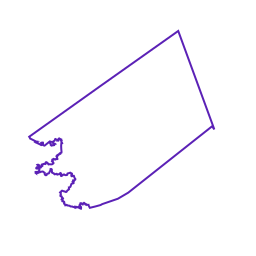 Santa María Chimalapa, Oaxaca, Mexico, rotated 321°
{"feature_id": "50627088B45709374040898", "entity_name": "Santa María Chimalapa", "entity_type": "district", "adm_level": 2, "iso_a3": "MEX", "parent_name": "Mexico", "parent_adm1": "Oaxaca", "projection": "natural_earth1", "projection_center": [-94.773, 16.942], "detail": "fine", "context": "isolated", "style": "outline", "palette": "violet", "viewbox_px": 256, "rotation_deg": 321, "n_neighbors": 0, "source": "geoboundaries", "source_scale": "gbopen_adm2", "svg_char_len": 5365}
<svg xmlns="http://www.w3.org/2000/svg" viewBox="0 0 256 256"><g transform="rotate(321 128 128)"><path d="M228.1,84.2L132.9,78.0L45.7,72.6L45.5,74.2L45.3,74.6L45.6,75.2L47.7,79.8L46.9,80.2L47.2,81.0L47.7,80.8L48.2,80.8L48.1,80.7L48.4,81.2L48.2,81.1L48.3,81.7L47.6,81.8L49.3,85.3L49.8,86.7L50.9,87.1L50.2,86.6L50.5,85.9L51.2,84.9L52.2,85.3L52.4,85.9L52.6,86.0L52.1,86.8L51.1,87.5L51.6,88.6L52.1,89.2L58.8,89.2L59.2,89.8L58.5,89.8L58.4,89.9L58.4,90.3L57.9,90.4L57.9,90.9L57.9,91.7L57.3,92.5L57.3,93.0L57.5,93.6L57.9,93.7L58.2,93.7L58.5,94.1L59.6,94.7L59.7,94.3L59.7,94.1L59.9,93.8L60.1,94.1L60.4,94.3L61.0,94.4L61.3,94.5L61.2,94.1L60.3,92.6L60.1,91.9L60.2,91.7L60.6,91.7L61.2,91.4L62.1,91.5L62.5,91.6L62.8,91.6L63.7,91.3L64.4,90.8L64.7,90.9L64.8,91.6L65.3,92.1L65.6,93.0L65.6,93.3L65.3,93.4L65.4,93.5L65.9,94.0L66.0,94.0L66.5,93.6L67.4,92.7L67.7,92.7L68.0,92.8L68.1,93.1L68.0,93.4L68.3,93.8L68.4,94.2L68.3,94.6L68.7,94.5L68.9,94.9L68.1,95.3L68.0,95.7L68.3,96.1L67.8,96.4L67.7,96.6L67.5,97.2L67.4,98.1L67.3,98.4L66.8,98.3L66.5,98.0L64.8,99.8L62.8,102.5L61.2,104.9L60.8,105.2L60.4,105.0L59.8,105.1L59.3,105.5L59.1,105.5L58.8,105.3L58.9,104.8L58.6,104.8L58.3,104.9L57.6,104.9L57.3,105.1L57.0,104.8L56.5,104.7L56.5,105.1L56.4,105.2L55.9,105.3L55.8,105.2L55.8,104.9L55.7,104.8L54.6,104.9L54.5,105.1L54.5,105.4L54.5,106.0L54.3,106.1L54.0,106.5L53.8,107.5L53.6,107.7L53.4,107.6L53.3,107.3L53.1,107.1L52.5,107.0L52.3,106.7L51.9,106.5L51.4,106.6L50.9,105.3L50.8,105.2L50.3,105.3L49.6,104.9L49.4,104.9L49.2,105.8L48.9,106.2L48.8,105.9L48.5,105.7L48.0,105.9L48.0,106.0L48.1,107.4L48.1,108.2L47.9,108.3L47.8,108.5L47.3,108.5L46.6,108.5L46.2,108.4L45.5,108.0L44.9,107.4L44.4,107.1L43.8,106.3L43.3,106.2L43.3,105.9L43.6,105.6L43.6,105.4L43.4,105.1L43.4,104.6L43.2,103.4L42.8,103.0L42.4,103.0L42.2,103.4L41.9,103.7L41.5,104.0L41.1,104.0L40.9,103.9L40.7,103.3L40.4,103.1L40.0,103.0L39.6,102.7L39.3,102.8L38.8,102.6L38.3,102.2L37.9,102.2L37.7,102.3L37.7,103.4L37.6,103.6L35.9,103.5L35.5,103.8L35.0,103.6L34.9,103.4L35.1,103.2L35.5,103.4L35.8,103.2L35.7,102.7L35.3,101.9L35.5,101.2L35.5,100.9L35.2,100.1L34.7,99.7L34.4,99.6L34.4,99.9L34.8,100.7L34.9,101.1L34.6,101.5L34.3,101.8L34.1,101.9L33.5,101.8L32.4,101.1L31.6,101.3L31.4,101.4L31.3,101.7L31.6,102.2L32.3,102.7L32.6,103.1L32.9,103.3L33.3,103.8L33.3,104.2L32.6,104.9L32.4,105.1L32.1,105.3L31.5,105.3L30.8,105.4L30.1,105.3L29.4,104.6L28.6,104.4L28.5,104.2L28.3,104.3L27.9,104.7L28.0,105.1L28.2,104.7L28.8,105.8L29.2,106.0L30.1,106.4L31.5,106.7L31.8,107.0L33.0,107.3L34.0,108.0L34.3,108.1L34.6,108.6L34.8,109.7L35.1,110.4L35.0,110.6L34.4,111.1L34.3,111.9L34.1,112.0L34.1,112.3L34.4,113.0L34.7,113.2L35.2,113.3L35.4,113.2L35.7,112.8L36.5,112.7L37.7,113.4L38.1,113.4L39.2,112.9L39.8,112.5L40.6,112.4L41.6,111.5L41.9,111.4L42.0,111.2L42.3,111.3L42.6,111.7L42.7,112.0L42.5,112.6L42.2,112.7L42.0,113.1L41.6,113.7L41.4,114.2L41.0,114.5L40.9,114.8L41.0,115.2L41.8,116.6L41.7,117.4L41.8,117.8L42.8,118.3L43.5,118.5L43.8,118.8L43.7,119.4L43.7,119.7L44.0,119.9L44.4,119.9L45.2,120.4L45.4,120.6L46.1,120.8L46.8,120.4L47.1,120.4L47.3,120.7L47.3,121.0L47.1,121.6L46.6,121.9L46.0,122.6L45.8,123.1L46.0,123.4L47.0,123.6L47.8,123.6L48.1,123.4L48.5,123.5L49.2,124.0L49.4,124.8L49.7,125.2L50.3,125.7L51.0,126.1L51.3,126.1L51.8,125.6L52.4,125.3L53.4,125.8L54.8,126.3L55.0,126.4L55.0,126.7L55.4,127.3L55.5,127.8L55.7,128.0L55.7,128.3L55.4,128.7L54.6,128.7L54.3,128.8L53.8,129.9L54.0,130.2L54.7,130.4L55.8,131.0L55.8,131.3L55.2,132.6L55.0,133.7L55.0,134.5L54.6,134.9L53.8,134.9L53.3,135.0L53.1,134.9L52.6,134.2L52.4,134.1L52.2,134.3L52.1,135.2L51.3,135.1L51.4,135.5L51.5,135.6L51.6,135.8L51.2,136.4L51.0,136.6L50.2,136.4L49.4,135.9L49.0,135.8L48.2,136.2L46.4,137.4L45.3,137.4L44.8,137.1L44.7,137.4L44.4,137.4L44.0,137.6L43.6,138.5L42.6,138.5L41.5,138.4L40.0,138.9L39.4,138.6L39.2,137.9L38.8,137.6L38.6,137.3L38.5,136.9L38.1,136.6L37.8,135.9L37.4,135.5L37.3,135.2L37.0,135.1L36.5,135.1L35.8,135.5L35.5,135.5L35.1,135.3L34.7,135.3L34.7,136.3L34.3,136.8L34.2,137.2L34.1,137.3L33.9,137.2L33.6,137.4L33.3,137.7L33.1,137.8L32.7,138.3L32.7,138.6L33.3,139.2L33.4,139.5L33.0,140.3L32.8,140.9L32.7,141.0L33.2,141.4L33.2,141.9L33.0,142.0L32.4,141.4L32.0,141.5L31.8,141.6L32.2,141.9L32.1,142.2L31.6,142.7L31.4,143.0L30.9,143.4L30.9,143.7L31.2,144.0L31.4,144.0L31.4,143.9L31.6,144.0L31.9,145.2L31.8,145.6L31.5,145.9L31.0,146.1L30.8,146.5L30.7,146.7L30.9,147.1L31.0,147.6L30.6,148.6L31.4,149.0L31.8,149.0L32.0,149.2L32.1,149.4L32.0,149.8L32.1,150.0L33.7,151.7L33.8,152.4L34.2,153.1L34.9,153.6L35.3,154.0L35.6,154.7L36.3,155.5L36.6,156.4L37.2,156.0L37.4,156.7L37.4,156.9L37.5,157.1L37.8,157.1L38.2,156.8L38.6,157.6L38.8,157.6L39.2,158.1L39.7,158.0L39.8,158.0L39.9,158.3L39.8,158.6L39.9,159.0L39.8,159.6L40.3,160.1L40.3,160.5L40.5,160.9L40.7,161.1L41.0,160.8L41.3,160.6L41.6,160.1L41.9,159.3L41.9,157.6L42.2,157.6L42.4,157.2L43.3,157.2L43.6,156.6L43.9,156.7L43.8,157.0L44.1,157.0L44.3,157.3L44.4,157.8L44.4,158.1L44.5,158.2L44.8,158.1L44.9,158.3L44.9,158.6L45.2,158.4L45.3,158.3L45.5,158.5L45.7,158.8L45.9,158.8L46.0,158.8L46.2,158.7L46.4,158.6L46.5,158.9L46.8,158.9L46.8,159.4L46.9,159.8L46.8,160.1L47.1,160.2L47.0,160.9L47.1,161.4L47.7,161.3L47.9,161.9L48.3,162.4L48.5,162.5L48.7,163.2L48.8,163.2L48.5,163.9L48.1,166.0L53.4,168.5L58.2,170.6L60.0,170.9L75.6,176.6L87.5,178.4L194.4,179.6L194.2,183.4L228.1,84.2Z" fill="none" stroke="#5b21b6" stroke-width="2"/></g></svg>